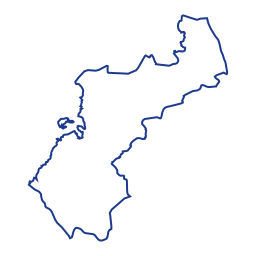 the border of Northern Ostrobothnia
{"feature_id": "FIN-3180", "entity_name": "Northern Ostrobothnia", "entity_type": "Province", "adm_level": 1, "iso_a3": "FIN", "parent_name": "Finland", "parent_adm1": "", "projection": "orthographic", "projection_center": [26.371, 64.957], "detail": "fine", "context": "isolated", "style": "outline", "palette": "blue", "viewbox_px": 256, "rotation_deg": 0, "n_neighbors": 0, "source": "natural_earth", "source_scale": "10m", "svg_char_len": 5658}
<svg xmlns="http://www.w3.org/2000/svg" viewBox="0 0 256 256"><path d="M207.1,18.2L207.4,19.6L208.0,22.1L208.8,24.4L210.7,28.6L215.3,36.2L218.0,39.5L218.8,41.3L219.6,44.2L220.8,49.8L221.1,51.1L222.5,54.1L222.9,55.2L224.0,58.9L225.3,61.9L225.6,63.2L226.8,70.0L227.1,71.8L227.1,73.4L226.7,74.1L225.6,73.7L223.7,72.6L216.6,75.2L214.8,76.7L215.8,78.2L218.2,79.8L219.2,81.2L218.9,82.2L216.6,85.3L216.2,86.4L208.9,87.1L206.8,86.7L204.6,85.6L202.5,85.1L201.4,85.3L200.1,88.8L197.7,90.3L192.6,91.2L184.6,95.2L183.6,96.1L184.0,96.8L183.7,97.5L182.8,99.4L182.2,100.5L181.8,100.9L181.5,101.0L182.5,101.1L182.7,101.3L182.8,102.6L181.0,103.5L166.4,107.1L164.8,107.9L163.5,109.4L162.4,112.1L162.0,113.8L161.7,115.6L161.3,117.1L160.8,118.2L160.0,118.4L157.1,117.2L144.7,119.0L143.0,120.3L142.2,121.8L142.2,124.2L143.9,125.9L145.4,127.9L145.8,128.8L145.5,129.5L146.2,130.3L146.1,131.0L145.8,132.7L145.6,134.3L145.7,135.0L145.9,135.9L145.8,136.6L145.1,137.3L145.5,137.6L144.9,138.7L144.1,139.0L142.9,139.0L139.3,138.1L137.3,138.1L133.5,140.6L131.5,142.6L130.8,143.7L130.4,145.1L130.9,145.1L130.9,145.5L130.8,146.9L130.2,147.6L129.7,148.1L127.8,150.5L126.5,151.0L122.7,151.4L122.6,152.0L122.8,152.6L122.7,153.1L122.3,153.7L122.0,153.9L121.3,154.1L120.8,154.6L120.5,155.7L120.0,156.6L119.2,157.0L119.3,157.3L119.7,157.5L119.2,157.9L116.8,158.5L116.0,158.9L113.8,161.2L113.4,161.6L112.4,162.0L112.5,162.2L112.5,162.7L112.3,163.0L111.7,163.7L112.4,164.5L115.4,167.3L117.1,170.0L117.3,171.5L117.3,173.2L119.1,175.0L120.0,175.5L121.1,175.7L123.3,175.6L123.8,175.7L124.2,176.2L124.0,178.2L124.2,178.8L125.2,179.3L126.4,179.5L126.9,180.9L127.1,190.1L127.4,193.2L127.9,194.5L130.1,196.4L124.4,198.5L111.7,209.6L109.7,213.1L110.2,214.9L111.4,226.6L111.3,229.1L109.9,229.7L109.1,230.4L108.4,231.7L108.2,232.7L107.6,236.2L107.4,237.0L106.4,238.8L102.8,240.3L100.9,240.6L99.0,240.0L97.5,238.6L94.9,235.2L93.3,234.2L85.3,233.1L83.8,232.3L81.0,229.3L79.4,228.5L76.9,227.8L75.5,228.1L74.2,229.7L73.2,232.4L72.6,235.1L71.8,237.3L70.0,238.2L69.2,236.3L61.8,227.2L57.4,223.1L55.3,219.9L51.8,211.9L50.6,210.1L48.9,208.8L46.2,207.4L45.3,206.3L45.3,205.6L44.8,203.2L43.9,202.4L42.4,200.6L41.8,199.2L41.1,195.9L41.0,194.1L39.2,191.8L34.3,189.2L28.9,184.8L29.5,184.0L29.3,184.0L29.4,182.9L29.6,181.8L30.0,181.3L30.7,181.8L31.1,181.9L32.6,181.1L33.1,180.6L33.4,180.0L34.1,177.7L34.8,177.8L36.1,178.7L36.7,179.3L36.2,177.5L36.2,176.5L36.4,175.3L36.8,174.2L37.8,172.9L38.3,171.8L38.7,169.6L39.0,168.9L39.7,168.3L41.1,167.8L41.6,167.2L41.5,165.9L42.3,166.0L42.7,165.7L43.0,165.2L43.1,165.3L44.4,164.5L45.5,164.6L45.7,164.3L45.8,163.0L45.8,162.4L46.0,162.0L46.4,161.9L47.3,162.1L47.6,161.8L47.9,161.3L48.1,160.4L48.2,160.0L48.9,159.5L49.5,159.4L50.1,158.9L50.7,157.7L50.7,157.1L50.6,156.5L50.5,155.9L51.2,155.4L51.2,154.8L51.1,154.2L51.3,152.6L51.5,151.8L52.4,150.2L52.9,148.4L53.5,148.0L54.5,146.7L55.8,146.0L56.4,145.4L56.9,144.3L56.5,143.2L56.5,142.8L56.9,142.0L58.3,140.8L57.2,139.6L56.8,139.0L57.4,138.7L58.1,138.8L60.5,140.3L60.8,140.3L61.1,139.9L61.1,139.5L60.8,139.0L60.7,138.6L61.0,137.3L61.6,137.0L62.9,136.9L63.1,135.5L64.3,134.8L68.1,134.3L73.7,131.3L74.4,131.1L74.9,131.4L75.4,132.9L75.8,133.7L76.1,133.7L76.5,133.4L76.9,133.7L77.1,135.4L77.6,136.3L78.1,136.8L78.6,137.2L79.4,137.3L79.4,137.7L78.8,137.8L78.3,138.2L79.3,138.7L82.3,137.8L82.6,137.5L82.2,136.2L82.3,135.5L82.8,132.7L82.6,131.8L82.2,131.8L81.8,132.1L81.4,132.3L80.9,131.9L80.1,130.9L78.9,130.4L78.4,129.7L77.4,127.6L78.1,126.6L77.8,126.2L78.4,125.9L81.5,126.5L82.1,126.9L83.1,128.2L83.9,128.8L84.5,129.1L85.1,128.8L85.2,127.8L85.0,126.8L84.7,126.1L84.5,125.4L84.7,124.2L84.4,123.5L84.4,123.2L84.5,122.7L83.4,121.2L83.3,120.5L83.2,119.7L83.1,119.1L82.7,118.2L81.7,117.2L78.3,116.1L78.5,114.5L78.7,113.7L79.8,112.6L80.2,112.0L80.5,111.2L80.6,110.2L80.5,109.1L81.2,109.1L82.0,108.6L81.1,108.1L81.4,107.0L81.6,106.6L81.1,106.2L80.5,106.1L81.0,105.4L81.5,103.1L81.9,102.1L81.5,101.1L81.9,100.8L82.3,100.1L80.3,97.5L80.7,97.3L81.5,97.3L82.0,97.0L83.0,95.1L82.7,93.8L83.2,91.1L83.0,89.8L82.2,88.1L81.3,86.7L79.1,84.3L78.4,83.9L77.6,83.9L76.9,84.2L76.2,84.0L75.5,82.8L75.3,81.7L76.2,80.7L78.4,77.7L84.4,71.3L88.0,70.1L95.7,70.7L99.1,69.8L106.7,65.8L107.8,66.2L107.6,69.1L107.6,71.1L107.8,72.3L108.5,72.8L128.2,73.7L136.1,70.3L138.1,67.9L144.8,56.2L145.7,55.5L148.9,57.3L149.4,57.4L150.0,56.9L149.8,56.7L150.8,55.4L151.9,55.2L153.3,57.3L154.5,60.7L155.2,62.1L156.0,63.3L155.9,64.2L168.8,65.7L170.2,65.4L172.9,64.1L175.7,63.7L177.1,63.0L178.1,61.4L178.3,60.3L177.7,58.3L175.1,54.9L174.5,54.3L173.9,53.5L174.1,53.2L174.5,53.0L174.2,51.2L175.0,51.0L175.0,51.9L175.7,52.1L176.4,52.0L179.0,51.1L182.8,51.5L184.2,51.0L184.7,50.5L185.1,49.3L185.1,47.7L184.2,47.5L183.2,47.1L181.3,45.6L181.6,44.9L180.9,43.5L180.5,42.3L180.8,41.9L182.2,41.7L183.1,41.2L183.5,40.8L183.7,39.8L183.7,39.3L184.0,38.6L184.9,37.5L184.9,37.0L184.1,36.1L184.0,35.7L184.7,33.7L184.8,33.3L184.3,33.1L184.2,32.9L184.3,32.4L183.9,32.0L183.4,31.9L182.7,32.1L181.6,32.6L181.2,32.6L181.3,31.9L180.1,31.2L179.0,30.1L178.2,28.3L178.0,25.8L178.2,24.1L178.7,22.7L179.2,21.7L179.8,21.0L180.2,20.9L181.1,20.8L181.5,20.5L181.6,19.6L181.8,16.7L181.9,16.2L183.2,15.4L196.1,19.6L197.6,19.7L200.1,18.7L207.1,18.2ZM71.4,121.0L72.7,120.9L73.5,121.9L72.5,122.6L70.4,122.5L67.8,121.7L66.0,121.8L65.4,123.2L62.9,124.6L63.8,126.7L65.7,126.5L66.1,126.9L65.8,127.3L64.7,127.4L64.4,127.6L64.0,128.1L63.8,128.3L63.2,128.5L62.6,128.4L62.2,127.9L62.5,126.8L62.1,125.8L61.7,125.1L60.9,126.9L60.1,127.2L59.0,125.3L58.5,124.1L58.1,122.0L58.8,121.1L61.0,118.9L63.7,118.8L66.6,118.0L68.1,118.6L68.5,119.7L67.7,120.2L68.0,120.7L68.7,120.6L71.4,121.0Z" fill="none" stroke="#1e3a8a" stroke-width="2"/></svg>